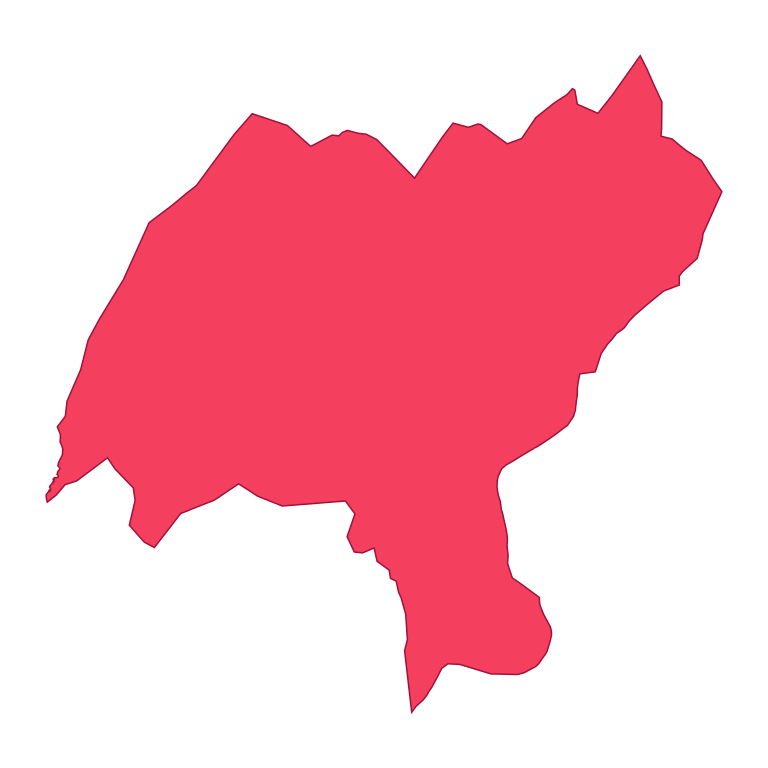 Gujba, Yobe, Nigeria
{"feature_id": "59680162B90037113183568", "entity_name": "Gujba", "entity_type": "district", "adm_level": 2, "iso_a3": "NGA", "parent_name": "Nigeria", "parent_adm1": "Yobe", "projection": "robinson", "projection_center": [12.101, 11.346], "detail": "fine", "context": "isolated", "style": "filled", "palette": "rose", "viewbox_px": 768, "rotation_deg": 0, "n_neighbors": 0, "source": "geoboundaries", "source_scale": "gbopen_adm2", "svg_char_len": 4620}
<svg xmlns="http://www.w3.org/2000/svg" viewBox="0 0 768 768"><path d="M595.3,371.8L601.1,353.8L603.5,350.1L605.3,347.6L605.5,347.4L605.6,347.1L605.8,346.9L605.9,346.7L606.0,346.6L606.1,346.4L607.5,344.2L610.9,340.5L611.0,340.4L611.1,340.2L611.3,340.1L611.4,339.9L611.5,339.9L611.6,339.7L611.8,339.5L611.9,339.4L615.4,334.9L615.8,334.4L616.4,333.5L621.8,329.8L624.3,327.8L628.6,321.7L630.5,319.7L634.1,315.8L636.1,314.1L645.4,306.0L655.9,297.3L663.7,291.0L679.3,285.0L679.2,276.1L679.4,275.9L682.7,271.5L697.2,258.4L702.2,240.2L703.0,233.9L721.9,191.7L712.8,178.6L701.2,160.3L685.8,150.3L680.4,146.0L672.2,139.0L661.0,136.2L661.6,129.1L661.9,102.0L653.9,84.8L646.7,68.5L640.2,55.7L612.4,95.0L597.9,113.3L577.4,104.3L574.8,90.1L572.4,88.6L566.8,94.8L563.1,97.1L553.9,103.2L535.9,117.5L521.7,138.5L507.2,143.8L481.0,124.6L477.9,124.0L468.4,127.3L453.1,123.1L442.6,136.8L414.5,178.1L391.0,154.0L376.7,139.5L366.2,134.2L357.8,133.2L347.4,130.4L342.6,132.3L338.8,135.8L332.1,135.1L310.7,146.4L287.4,125.5L252.2,113.7L234.1,134.5L196.3,185.7L186.6,193.2L171.9,205.5L149.2,222.6L123.4,279.7L99.5,318.9L88.2,339.9L80.7,369.6L67.1,401.0L65.3,416.3L57.3,426.8L60.3,434.2L60.4,437.2L60.1,441.9L61.7,445.6L62.8,448.9L62.4,454.8L58.5,462.8L57.9,465.8L59.6,467.8L59.9,468.8L59.3,469.9L58.1,470.9L57.0,474.4L58.4,475.7L58.2,477.0L57.3,477.3L56.4,477.7L54.8,477.6L53.7,478.3L53.3,478.8L53.2,479.4L53.4,479.4L54.0,479.4L54.1,479.7L53.9,480.0L54.1,480.4L54.0,480.8L53.3,481.1L53.0,481.4L53.1,481.6L53.6,481.5L53.8,481.8L53.7,482.1L53.3,482.3L53.1,482.9L52.9,483.0L52.7,482.9L52.4,483.0L52.3,483.5L52.2,483.7L51.6,483.8L51.4,484.1L51.2,484.6L51.0,484.9L50.2,485.6L49.7,486.4L49.6,486.7L49.5,487.0L49.7,487.3L49.8,487.4L50.1,487.6L50.4,488.3L50.5,489.8L50.3,490.5L50.3,490.9L50.1,491.1L49.9,491.1L49.9,490.8L49.8,490.0L49.5,489.8L49.3,490.0L49.0,490.7L48.3,492.1L46.4,494.3L46.1,495.4L46.5,499.4L47.3,502.2L56.3,495.0L65.2,484.6L76.6,481.0L107.5,457.8L114.8,468.7L133.3,487.9L135.1,500.5L129.3,525.2L144.4,542.3L154.4,547.5L181.0,513.1L181.6,513.2L189.7,509.9L191.3,509.2L213.8,500.4L219.0,497.1L226.7,491.8L238.6,483.9L249.3,490.7L257.5,496.1L282.2,506.0L345.4,501.0L354.3,513.0L354.9,514.0L347.1,536.7L354.3,552.0L362.6,552.9L374.1,548.0L377.1,561.4L389.2,570.1L390.5,578.4L396.2,581.2L398.6,592.3L401.1,597.7L405.7,614.1L407.4,639.5L404.6,650.7L411.7,712.3L412.6,711.1L413.0,710.6L415.8,706.6L423.3,699.8L426.7,695.5L428.9,691.5L431.8,687.3L436.1,679.3L438.5,674.8L438.8,674.2L441.4,669.1L441.8,668.3L442.8,667.6L447.9,663.8L459.6,664.4L467.7,666.8L490.8,673.9L517.0,674.5L517.4,674.5L517.7,674.4L517.9,674.4L518.0,674.4L518.5,674.3L518.7,674.2L518.8,674.2L522.7,673.1L522.8,673.1L523.0,673.0L523.3,672.9L523.5,672.9L523.8,672.8L523.8,672.7L524.0,672.7L524.3,672.6L524.5,672.5L524.6,672.4L524.8,672.4L525.1,672.2L525.3,672.1L534.1,667.4L534.5,667.2L534.8,667.0L535.0,666.9L535.3,666.7L535.5,666.6L535.7,666.4L535.8,666.4L536.0,666.2L536.3,666.0L536.3,665.9L536.5,665.8L536.6,665.7L536.9,665.5L537.0,665.4L537.2,665.2L537.3,665.1L537.5,665.0L537.6,664.9L537.8,664.6L538.0,664.4L538.2,664.2L538.5,663.9L538.8,663.5L539.0,663.3L539.1,663.2L539.4,662.8L539.4,662.7L539.5,662.6L543.2,657.2L545.1,654.7L545.2,654.4L545.3,654.4L545.4,654.2L545.5,654.0L545.6,653.9L545.7,653.7L545.8,653.6L545.9,653.4L546.0,653.3L546.0,653.2L546.2,652.9L546.3,652.8L546.3,652.6L546.4,652.4L546.5,652.4L546.6,652.2L546.7,651.9L546.8,651.7L546.9,651.4L547.0,651.3L547.0,651.1L547.2,650.8L547.2,650.7L547.3,650.5L547.3,650.4L547.4,650.2L547.5,650.0L547.5,649.8L547.5,649.7L547.6,649.4L547.7,649.1L547.8,648.9L549.6,643.0L549.7,642.9L549.7,642.7L549.8,642.5L549.9,642.2L551.4,635.6L551.4,635.4L551.5,635.2L551.5,634.9L551.5,634.7L551.5,633.8L551.5,633.6L551.5,633.3L551.5,632.9L551.5,632.6L551.5,632.3L551.4,632.0L551.4,631.2L551.3,630.6L551.2,630.4L551.1,629.7L551.0,629.4L551.0,629.2L550.9,629.1L550.9,628.8L550.8,628.6L550.7,628.3L550.7,628.1L550.6,627.9L550.5,627.7L550.5,627.4L550.4,627.4L550.3,627.1L550.3,626.9L550.2,626.7L550.1,626.4L550.0,626.2L549.9,626.1L549.8,625.9L549.7,625.7L549.6,625.4L543.7,614.5L540.0,605.3L539.4,600.1L539.4,597.5L521.0,583.9L512.4,578.0L509.6,569.8L507.6,563.3L508.1,555.4L507.0,545.7L507.4,541.3L507.3,537.3L506.8,533.2L506.1,529.2L504.4,521.6L502.7,514.0L501.2,508.9L500.4,501.6L498.7,496.5L497.5,491.0L497.0,486.5L497.3,480.8L498.1,476.5L501.7,468.7L506.2,464.9L513.6,460.7L520.6,456.3L534.6,447.9L537.9,446.3L551.1,437.5L557.5,432.9L563.5,428.2L567.4,425.5L573.5,416.4L575.4,410.2L575.8,405.8L576.5,400.3L577.3,394.8L577.4,388.0L578.1,382.5L579.8,373.9L595.3,371.8Z" fill="#f43f5e" stroke="#9f1239" stroke-width="1.5"/></svg>